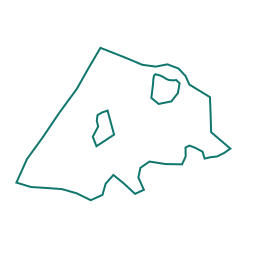 SVG path tracing the border of Yevlakh Rayon, rotated 277°
{"feature_id": "AZE-1688", "entity_name": "Yevlakh Rayon", "entity_type": "District", "adm_level": 1, "iso_a3": "AZE", "parent_name": "Azerbaijan", "parent_adm1": "", "projection": "orthographic", "projection_center": [47.016, 40.691], "detail": "fine", "context": "isolated", "style": "outline", "palette": "teal", "viewbox_px": 256, "rotation_deg": 277, "n_neighbors": 0, "source": "natural_earth", "source_scale": "10m", "svg_char_len": 984}
<svg xmlns="http://www.w3.org/2000/svg" viewBox="0 0 256 256"><g transform="rotate(277 128 128)"><path d="M120.0,232.1L114.9,226.4L110.6,219.9L109.1,213.6L107.0,207.8L113.6,204.8L116.7,196.7L118.0,191.0L115.6,187.5L106.7,188.7L98.5,186.1L96.8,169.6L97.3,153.4L90.0,145.2L80.2,144.3L68.6,151.3L63.5,143.0L72.3,130.8L79.6,119.2L70.0,112.6L58.5,110.8L51.8,99.8L56.9,85.1L59.3,69.8L58.5,53.8L57.6,38.9L60.2,23.9L84.8,31.5L108.9,44.8L134.8,58.0L160.5,72.4L182.3,81.4L204.2,90.9L200.2,106.3L196.2,121.5L192.5,134.3L192.3,148.0L196.0,159.4L193.1,171.1L188.5,176.5L186.6,178.8L178.6,183.6L168.6,205.6L151.8,208.3L134.0,211.0L120.0,232.1ZM178.7,173.8L181.5,169.9L180.8,167.5L180.6,162.9L181.3,160.2L182.7,157.3L184.0,153.6L184.7,148.7L183.3,147.5L180.0,147.2L173.8,147.5L160.7,147.5L155.6,155.5L159.7,167.8L168.8,173.3L178.7,173.8ZM125.8,98.2L115.1,94.1L106.1,98.9L119.7,115.0L142.8,105.6L140.2,100.3L137.1,96.2L131.6,96.1L125.8,98.2Z" fill="none" stroke="#0f766e" stroke-width="2"/></g></svg>